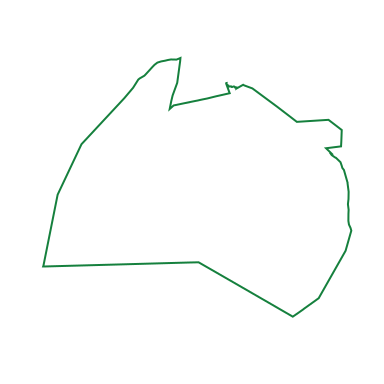 Huitzilac, Morelos, Mexico (Albers equal-area conic projection), rotated 174°
{"feature_id": "50627088B84118509654372", "entity_name": "Huitzilac", "entity_type": "district", "adm_level": 2, "iso_a3": "MEX", "parent_name": "Mexico", "parent_adm1": "Morelos", "projection": "albers", "projection_center": [-99.258, 19.057], "detail": "fine", "context": "isolated", "style": "outline", "palette": "green", "viewbox_px": 384, "rotation_deg": 174, "n_neighbors": 0, "source": "geoboundaries", "source_scale": "gbopen_adm2", "svg_char_len": 1538}
<svg xmlns="http://www.w3.org/2000/svg" viewBox="0 0 384 384"><g transform="rotate(174 192 192)"><path d="M76.7,73.7L45.4,117.5L37.6,136.9L38.1,139.7L39.3,143.2L39.5,146.9L38.7,153.9L38.1,157.9L38.2,163.6L37.1,168.6L36.2,175.9L36.4,184.6L36.3,184.9L38.6,198.0L40.0,200.3L40.3,202.2L41.2,206.1L45.3,211.0L45.7,211.1L46.9,212.1L47.8,212.9L49.2,214.1L50.0,215.5L49.1,215.5L54.1,221.5L39.0,221.8L38.2,226.8L36.6,238.0L48.7,249.5L80.4,250.8L98.3,267.8L121.1,288.7L129.0,292.6L129.9,293.3L136.6,290.4L136.5,290.6L136.5,291.1L136.8,291.1L137.0,291.2L137.2,291.4L137.6,291.0L137.8,291.0L138.1,291.2L138.2,291.3L138.4,291.6L138.4,291.9L138.5,292.0L139.0,292.5L139.8,292.6L141.2,292.2L141.8,292.4L142.1,292.7L142.2,293.0L144.4,293.0L144.7,294.1L145.2,294.2L145.8,294.2L145.8,295.1L145.9,295.3L146.3,295.9L146.4,296.1L146.5,296.2L146.6,296.4L146.5,296.6L146.4,296.8L146.5,296.8L146.6,296.7L146.7,296.3L144.2,286.3L156.0,284.9L157.8,284.7L167.1,283.4L171.4,283.0L174.3,282.7L176.7,282.4L179.1,282.2L183.3,281.8L201.2,280.0L205.5,276.9L203.1,284.6L201.2,290.0L195.3,302.1L190.1,323.4L189.5,326.5L191.4,325.9L193.6,325.3L196.6,325.7L199.2,326.0L202.1,325.8L205.1,325.4L209.0,325.1L212.9,324.3L216.0,322.4L218.5,320.3L224.9,314.6L225.7,313.9L227.0,312.8L227.3,312.6L232.2,310.4L233.7,309.4L236.6,305.7L239.7,301.8L249.5,292.4L296.9,251.1L325.9,203.4L347.4,134.4L347.8,133.5L345.9,133.3L275.1,127.8L202.5,122.2L192.8,121.4L142.2,84.7L104.8,57.5L98.7,60.8L93.7,63.6L92.8,64.2L77.0,73.2L76.7,73.7Z" fill="none" stroke="#15803d" stroke-width="2"/></g></svg>